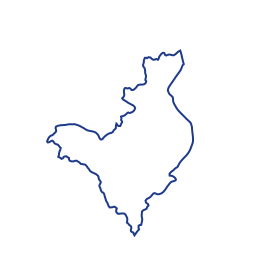 Alfenas, Minas Gerais, Brazil (Robinson projection), rotated 27°
{"feature_id": "56859067B80403864608636", "entity_name": "Alfenas", "entity_type": "district", "adm_level": 2, "iso_a3": "BRA", "parent_name": "Brazil", "parent_adm1": "Minas Gerais", "projection": "robinson", "projection_center": [-45.986, -21.364], "detail": "fine", "context": "isolated", "style": "outline", "palette": "blue", "viewbox_px": 256, "rotation_deg": 27, "n_neighbors": 0, "source": "geoboundaries", "source_scale": "gbopen_adm2", "svg_char_len": 5015}
<svg xmlns="http://www.w3.org/2000/svg" viewBox="0 0 256 256"><g transform="rotate(27 128 128)"><path d="M148.7,45.8L147.7,44.7L146.6,43.5L145.6,42.3L144.5,41.0L143.5,39.9L142.7,38.8L141.7,37.7L140.7,36.6L139.4,35.3L138.2,37.0L137.6,38.5L137.0,40.2L136.3,41.6L135.5,42.6L134.4,43.0L132.6,43.4L131.2,43.9L130.1,44.9L129.2,46.0L128.1,46.2L127.2,45.4L126.2,44.7L124.9,45.2L124.0,47.1L123.6,49.3L123.5,51.0L123.9,52.4L123.6,53.7L122.1,53.6L121.1,54.5L119.9,55.6L118.4,55.7L117.2,55.4L116.0,55.0L114.1,55.6L113.3,57.2L112.2,57.2L111.2,57.8L111.3,59.1L111.4,60.5L112.2,62.1L112.5,63.5L112.8,65.2L113.9,66.3L115.4,67.0L116.6,68.2L117.4,69.5L118.1,70.8L118.8,71.7L119.7,72.6L120.5,73.5L120.9,74.6L121.2,76.0L121.7,77.4L123.0,78.0L123.3,79.5L122.9,81.1L122.0,82.2L120.4,83.2L119.0,83.9L117.6,85.0L117.0,86.9L116.9,88.2L116.5,89.3L116.0,90.8L115.0,92.1L113.6,92.5L112.4,91.8L110.9,91.8L109.8,93.0L108.4,93.2L107.2,93.8L107.0,95.0L107.5,96.8L108.4,98.4L109.3,99.4L109.9,101.0L109.9,102.7L109.3,104.1L110.4,104.8L111.9,104.9L113.6,105.1L114.9,105.2L116.1,105.4L117.7,105.5L119.3,105.5L120.5,105.6L121.5,105.5L122.8,105.6L124.2,106.1L125.3,107.0L125.5,108.3L125.5,109.5L125.1,110.8L124.5,111.9L123.8,112.8L122.5,114.0L121.1,114.1L120.2,116.0L119.5,118.0L118.5,119.2L117.6,120.1L116.6,121.0L117.8,122.4L118.2,124.0L119.1,124.5L120.1,125.2L120.0,126.8L120.1,128.4L120.2,129.7L118.9,130.4L117.7,130.5L116.7,129.7L115.7,129.4L116.2,131.4L116.7,132.6L117.3,134.0L116.6,135.7L116.3,136.9L116.3,138.4L115.4,139.9L114.2,140.9L113.0,142.3L112.2,143.7L111.4,145.4L110.7,147.4L110.4,149.1L109.7,150.3L108.6,150.6L107.7,150.2L106.4,149.3L105.2,148.2L104.1,147.6L102.9,147.1L101.5,146.8L100.0,146.7L98.5,147.0L97.0,147.4L95.7,147.8L94.3,148.2L92.9,148.5L91.8,148.5L90.3,148.4L88.3,148.2L86.8,148.2L85.4,148.1L84.0,148.1L82.5,148.2L81.3,148.4L79.8,148.6L78.3,149.0L77.1,149.8L75.9,150.4L74.7,150.9L73.4,151.7L72.2,152.6L71.2,153.4L70.2,154.1L69.1,154.7L68.0,155.4L66.9,156.0L65.8,156.9L64.8,157.6L64.0,158.5L63.2,159.5L63.5,161.0L64.8,162.4L65.5,163.7L65.1,165.3L64.6,166.7L64.2,168.1L63.5,169.1L62.7,170.0L62.1,171.2L61.8,172.6L61.8,174.7L62.0,176.6L62.9,177.3L64.1,176.6L65.0,175.2L66.3,173.6L67.6,173.8L68.7,174.6L69.7,175.0L71.4,175.0L73.1,174.7L74.5,175.2L75.9,176.0L77.1,176.3L77.6,178.2L77.6,179.8L78.0,181.7L78.7,183.4L79.0,185.4L80.2,185.4L81.5,185.3L82.6,185.7L83.7,184.7L83.9,182.8L84.9,181.8L86.0,181.2L87.6,181.5L89.0,181.5L89.9,183.0L91.4,183.7L93.2,183.2L94.6,182.5L95.3,181.6L96.3,180.9L97.3,180.4L98.6,180.6L100.4,180.7L102.1,181.4L103.5,181.0L104.6,180.7L106.1,180.1L107.7,180.4L109.0,181.0L110.1,181.7L111.3,182.1L112.6,182.8L113.6,183.5L114.9,183.7L116.2,183.8L117.5,183.7L118.8,183.7L120.2,183.6L121.5,183.9L123.0,184.2L124.0,185.0L124.9,186.4L126.3,187.4L127.6,187.9L128.4,188.7L128.5,190.0L128.5,191.7L129.2,193.2L130.6,194.1L131.4,195.0L132.5,196.1L133.9,196.9L135.5,196.9L136.6,197.6L138.0,199.0L139.0,200.2L140.2,201.3L141.3,202.6L142.2,203.2L143.6,204.1L145.3,205.6L146.5,206.6L147.8,207.1L149.1,206.3L150.2,205.6L151.3,204.4L152.8,204.3L154.5,204.7L154.9,207.1L155.7,208.1L157.0,208.8L158.2,208.9L159.4,208.2L160.9,207.2L162.3,206.4L163.9,205.9L165.4,206.5L166.7,207.5L168.1,208.5L168.9,209.8L169.5,211.3L170.0,212.8L171.4,213.0L173.0,213.8L174.5,214.0L175.6,214.4L176.4,215.6L176.7,217.4L177.6,218.7L178.8,218.9L180.3,218.7L181.3,219.9L182.5,220.7L182.8,218.5L183.1,216.4L183.5,214.6L183.9,213.3L182.6,212.1L181.8,210.2L182.6,209.1L183.7,208.3L183.3,206.7L182.8,204.7L182.1,202.7L180.8,201.2L179.8,199.5L179.0,197.6L178.4,195.8L179.0,194.4L179.7,193.4L180.5,192.6L181.2,191.4L180.9,189.6L181.5,187.8L180.3,186.7L178.9,186.5L177.7,186.1L176.6,184.8L176.8,183.5L177.2,182.3L178.4,180.9L179.2,179.3L179.7,177.8L179.9,176.5L180.4,174.8L181.3,173.9L182.4,173.8L183.9,173.8L185.3,173.2L186.5,172.1L187.4,171.1L188.0,170.1L188.5,168.9L188.9,167.3L189.3,165.0L189.5,163.2L189.7,161.7L190.0,160.2L190.2,159.0L190.5,157.5L191.4,155.9L192.5,154.9L193.7,153.7L194.2,152.3L192.9,151.2L191.4,150.8L189.5,150.6L188.0,151.0L186.7,151.5L185.8,150.0L186.2,147.9L186.9,146.4L187.5,145.3L187.9,144.0L188.3,142.9L189.0,141.5L189.8,140.3L189.8,138.8L189.8,136.5L190.1,134.3L190.4,132.8L190.8,131.3L191.3,129.6L191.9,127.7L192.6,125.5L192.9,123.7L193.1,122.4L193.2,121.1L193.2,118.4L192.9,116.5L192.8,114.8L192.5,112.7L192.1,110.7L191.4,109.3L190.7,107.9L189.9,106.5L189.2,105.4L188.5,104.3L187.4,102.8L186.6,101.5L186.0,100.5L185.3,99.5L184.7,98.4L183.9,97.4L182.8,96.2L181.3,94.9L179.4,94.3L178.1,93.9L176.7,93.5L175.5,93.2L173.9,92.6L172.3,92.1L171.2,91.7L169.9,91.3L168.4,90.8L167.2,90.4L166.1,90.0L164.9,89.5L163.5,88.9L162.2,88.2L160.8,87.3L159.1,86.2L157.6,85.1L156.4,84.0L155.4,82.6L154.7,81.2L153.6,80.1L152.3,79.7L150.8,79.3L149.5,78.9L148.3,78.1L147.1,77.1L146.3,76.2L146.0,74.7L145.8,72.9L146.0,71.5L146.2,69.8L146.4,68.2L146.7,66.3L146.9,64.9L147.1,63.0L147.3,61.1L147.5,59.9L147.7,58.6L148.0,56.7L148.4,54.2L148.6,52.1L148.5,50.4L148.3,48.8L148.2,47.1L148.7,45.8Z" fill="none" stroke="#1e3a8a" stroke-width="2"/></g></svg>